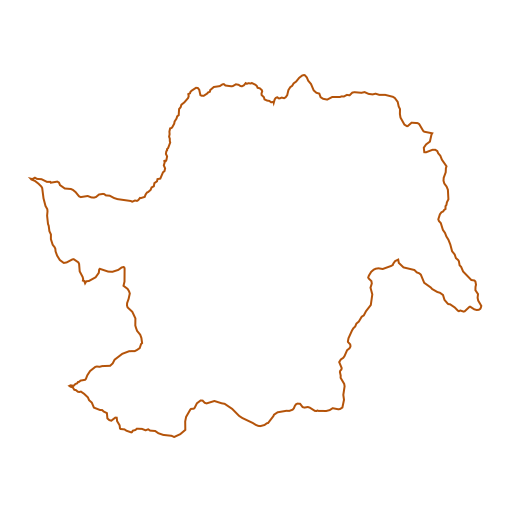 Santa Cruz, Cajamarca, Peru (Natural Earth projection)
{"feature_id": "86281439B67227592108094", "entity_name": "Santa Cruz", "entity_type": "district", "adm_level": 2, "iso_a3": "PER", "parent_name": "Peru", "parent_adm1": "Cajamarca", "projection": "natural_earth1", "projection_center": [-79.012, -6.689], "detail": "fine", "context": "isolated", "style": "outline", "palette": "amber", "viewbox_px": 512, "rotation_deg": 0, "n_neighbors": 0, "source": "geoboundaries", "source_scale": "gbopen_adm2", "svg_char_len": 5949}
<svg xmlns="http://www.w3.org/2000/svg" viewBox="0 0 512 512"><path d="M69.4,385.9L70.5,386.7L72.8,387.4L74.3,389.8L75.9,390.1L77.8,391.7L79.3,392.0L80.9,391.6L84.1,393.8L87.9,397.4L89.1,400.2L91.8,402.6L93.9,407.6L100.0,410.0L102.2,410.1L103.6,411.5L106.9,413.1L107.4,418.4L109.3,420.1L111.3,420.7L115.3,417.6L116.7,417.7L117.1,421.1L119.6,425.3L120.0,428.5L120.6,429.0L124.5,429.4L126.4,430.7L131.3,432.4L131.9,432.2L132.8,430.7L135.4,430.0L136.9,428.7L142.0,428.9L145.6,430.3L148.2,429.3L150.1,430.6L155.2,431.0L158.3,433.2L163.2,434.9L171.5,435.8L174.1,437.0L180.2,434.2L185.3,429.9L185.2,421.4L186.1,416.9L190.3,409.6L191.0,408.9L193.7,408.7L194.6,407.9L196.9,403.3L200.6,400.5L202.6,400.6L204.7,402.8L206.6,403.4L214.4,401.0L221.7,403.3L224.6,403.8L232.2,408.9L239.1,415.9L242.3,418.0L252.8,423.0L255.8,424.9L258.3,425.9L260.4,426.1L264.5,425.0L266.8,423.3L268.1,423.0L273.4,416.1L274.0,414.7L277.6,412.3L286.3,410.8L289.3,410.9L292.6,409.7L293.8,408.4L294.9,405.8L296.1,404.2L297.5,403.6L300.1,403.8L302.6,407.1L304.5,407.6L307.8,407.0L309.7,407.6L314.9,410.9L316.6,411.0L317.4,410.5L318.4,410.9L326.2,411.0L329.7,410.1L332.7,408.2L338.4,409.3L340.1,409.0L342.4,407.5L344.0,399.8L343.3,394.9L344.6,386.3L344.2,383.9L340.6,377.8L340.7,375.6L339.9,372.0L340.2,370.8L341.4,369.5L341.7,368.1L339.2,362.1L340.8,359.5L343.3,357.8L344.5,356.1L347.1,350.2L349.4,348.4L350.2,347.1L350.5,346.1L350.2,344.4L348.0,342.0L347.9,341.3L348.5,338.2L352.0,330.5L353.3,328.3L355.2,326.5L356.4,323.6L358.8,321.6L361.7,316.7L363.8,315.4L366.0,311.2L370.8,305.0L372.3,294.4L370.5,287.7L371.8,283.5L371.4,281.1L368.7,278.5L368.2,277.5L368.9,275.6L371.2,271.8L373.8,269.6L375.8,268.7L378.5,268.3L382.7,269.0L391.0,266.0L392.8,265.0L393.3,263.6L395.1,261.1L398.2,259.6L398.8,262.9L403.5,267.4L414.4,270.0L416.8,272.4L419.2,273.3L420.8,274.6L424.2,282.8L430.8,287.5L432.1,289.0L437.3,292.0L440.0,292.8L443.0,295.0L444.5,299.9L447.6,303.5L448.3,304.1L450.1,304.3L454.8,307.5L457.9,310.7L458.9,311.2L460.3,310.5L463.6,311.6L464.7,311.3L469.5,306.8L470.2,306.7L474.2,309.3L476.7,310.0L478.8,309.8L480.3,308.8L480.9,307.5L481.3,305.9L478.2,300.6L477.6,297.8L478.0,294.1L475.4,290.2L475.5,286.9L476.0,284.7L475.4,281.5L474.4,280.5L471.3,280.0L463.1,271.5L461.1,266.8L459.6,265.3L458.9,261.3L458.2,260.1L455.9,258.1L454.7,254.5L452.1,251.3L450.3,244.5L448.4,239.7L446.4,236.5L445.0,232.9L442.9,229.9L440.8,223.1L438.9,221.0L438.3,219.3L439.9,214.3L441.4,212.3L443.2,211.4L444.1,210.0L445.5,209.0L445.5,206.2L446.4,205.0L446.9,202.3L448.4,199.3L447.9,189.8L446.6,186.6L444.3,183.5L443.5,180.7L443.7,177.8L445.7,172.3L445.9,168.2L446.5,166.3L441.9,159.7L440.3,155.7L438.2,153.3L437.3,151.1L435.3,149.8L432.5,149.8L426.0,152.3L424.3,152.2L423.8,147.7L426.1,144.4L429.9,141.6L431.5,134.5L432.2,133.3L424.2,131.7L423.2,130.9L419.2,124.1L417.6,123.1L411.6,122.7L407.7,126.1L406.8,126.1L404.4,124.6L400.5,117.6L399.9,114.0L400.0,109.1L398.7,106.5L397.7,101.9L394.8,98.0L392.9,96.8L385.3,94.9L379.4,94.9L375.6,93.7L372.6,94.4L368.6,93.9L364.6,92.1L361.4,92.8L354.5,92.2L352.3,92.6L349.6,95.3L346.9,94.9L343.9,96.5L341.6,96.4L339.9,97.0L332.2,97.0L327.2,99.6L323.1,98.8L320.6,97.2L319.3,93.6L316.4,92.8L313.7,90.4L311.0,84.0L308.2,80.7L306.8,77.4L304.8,75.2L304.1,75.0L302.2,75.5L299.2,77.8L296.1,81.6L293.6,83.4L292.2,85.8L290.3,87.1L288.4,90.1L287.2,95.2L285.6,97.3L284.1,98.2L281.7,97.6L279.7,98.4L278.5,98.3L277.4,97.3L276.6,97.5L275.7,98.0L274.7,99.4L273.7,102.9L273.4,101.8L271.2,102.3L269.3,100.9L267.2,100.6L264.5,99.4L263.9,97.2L261.6,95.0L261.5,93.5L262.2,91.3L261.8,90.1L259.8,88.3L257.6,87.8L256.9,86.1L255.5,84.8L251.8,83.0L250.8,83.5L248.5,83.2L246.8,83.8L245.7,83.1L243.9,85.3L241.9,86.3L240.4,86.0L238.6,84.8L235.9,84.3L232.8,86.1L231.4,86.3L225.4,85.5L223.8,84.1L222.4,84.4L219.8,86.1L213.8,87.0L210.2,90.1L209.9,91.7L207.8,92.6L207.4,93.4L203.7,95.8L201.5,95.7L200.4,95.1L199.2,89.7L197.8,88.0L196.0,87.8L191.6,90.7L190.5,91.8L190.0,93.3L188.3,94.1L188.7,96.1L188.1,98.0L184.3,102.4L181.4,104.7L180.6,107.3L179.1,109.0L178.7,115.2L177.2,116.3L176.5,118.6L174.6,121.5L174.2,123.7L172.2,127.3L171.5,128.0L170.1,128.4L169.4,131.6L169.6,134.2L169.1,136.7L169.8,138.7L169.8,141.1L170.2,142.5L168.1,148.1L167.0,149.2L167.1,150.3L166.3,151.3L165.9,153.9L167.1,156.4L166.4,160.0L165.8,161.0L164.9,160.7L164.3,161.0L164.7,162.3L163.8,165.4L165.1,168.4L164.5,171.1L163.0,172.3L160.3,178.6L157.5,179.1L157.0,181.3L154.4,183.1L153.8,186.3L151.6,187.4L150.6,189.9L148.2,192.0L147.0,192.5L145.6,194.5L144.7,196.9L140.8,198.1L140.0,197.9L138.3,200.1L137.0,200.9L135.0,200.5L132.2,201.7L130.8,201.0L117.4,199.1L114.0,198.0L109.7,195.7L105.9,195.4L104.2,194.1L103.0,193.9L99.0,194.5L96.0,197.0L94.0,197.6L91.3,197.4L87.7,196.0L80.7,197.1L79.0,196.3L75.6,192.1L72.9,189.9L70.9,189.0L64.8,188.5L60.0,185.1L59.0,182.6L57.3,181.6L50.8,182.7L50.4,181.9L47.0,181.9L41.5,179.2L37.0,178.9L34.9,177.7L32.3,179.1L30.7,178.7L31.4,179.5L34.9,180.9L38.5,183.7L41.4,186.6L42.2,188.1L43.5,198.3L45.5,206.0L47.3,209.2L47.5,211.3L47.1,215.7L48.0,224.0L48.7,225.8L49.4,231.2L50.9,234.4L50.9,239.2L52.7,244.8L54.6,247.2L55.3,248.7L55.6,251.5L57.1,255.6L59.8,260.0L63.7,262.9L64.7,262.8L66.7,262.4L72.4,259.4L73.7,259.2L78.4,262.4L79.1,264.0L79.7,271.4L82.6,276.9L83.2,279.1L82.9,280.6L84.3,281.0L85.1,283.3L86.3,281.3L88.9,281.0L95.6,277.3L98.8,272.8L99.2,269.5L99.8,268.8L108.2,271.6L112.4,271.8L118.3,269.9L121.6,267.5L123.6,267.0L124.3,267.5L124.6,268.6L124.5,281.6L123.5,285.8L127.6,288.9L129.0,291.2L129.8,293.5L128.6,298.9L127.1,303.1L127.0,305.5L127.6,307.4L132.3,311.8L135.4,318.4L135.3,325.5L136.0,327.9L137.1,330.9L140.2,334.7L141.4,338.0L142.1,343.1L141.1,344.0L139.7,348.1L137.1,349.9L134.8,351.1L129.2,351.2L122.3,353.8L114.6,359.7L112.7,363.4L110.1,365.8L102.2,366.1L99.6,366.8L96.9,366.5L95.3,366.9L90.1,371.0L87.3,375.3L85.9,378.9L85.1,379.8L80.5,380.6L79.2,381.8L78.0,382.0L77.2,383.3L75.4,384.0L73.6,385.8L70.6,385.3L69.4,385.9Z" fill="none" stroke="#b45309" stroke-width="2"/></svg>